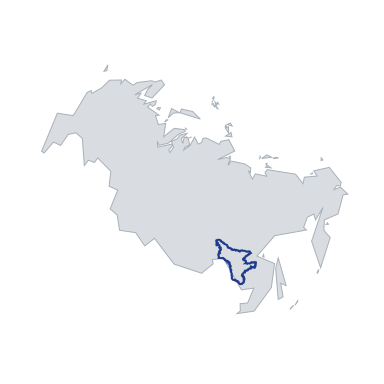 Russia, with Amur highlighted, rotated 8°
{"feature_id": "RUS-2609", "entity_name": "Amur", "entity_type": "Region", "adm_level": 1, "iso_a3": "RUS", "parent_name": "Russia", "parent_adm1": "", "projection": "orthographic", "projection_center": [128.173, 52.947], "detail": "fine", "context": "in_parent", "style": "outline", "palette": "blue", "viewbox_px": 384, "rotation_deg": 8, "n_neighbors": 0, "source": "natural_earth", "source_scale": "10m", "svg_char_len": 9425}
<svg xmlns="http://www.w3.org/2000/svg" viewBox="0 0 384 384"><g transform="rotate(8 192 192)"><path d="M270.1,301.3L253.5,306.2L256.4,303.0L255.2,295.9L262.5,294.2L266.6,278.6L254.6,282.0L232.2,253.3L221.6,256.1L222.9,260.2L212.9,271.1L184.3,265.9L161.3,243.1L152.7,251.9L141.9,240.1L125.6,240.0L121.1,225.2L113.3,220.1L118.2,200.5L109.1,197.8L108.7,182.7L93.9,171.4L91.3,176.3L85.0,175.0L81.7,180.8L76.0,154.3L68.9,149.5L61.4,152.2L55.4,164.2L47.9,161.8L40.1,174.0L37.4,172.6L47.7,132.7L63.8,132.9L74.3,108.0L78.0,105.5L79.2,108.3L88.2,101.3L94.7,92.8L106.6,90.9L106.5,94.8L109.8,89.7L118.7,94.5L122.7,91.1L136.8,87.4L140.0,88.3L146.0,85.4L149.9,89.7L139.3,104.5L131.7,103.0L134.1,95.9L136.8,93.1L137.3,91.5L121.8,103.8L127.8,101.2L125.2,106.7L134.0,108.0L132.1,111.7L143.9,106.6L143.6,110.5L140.9,112.7L138.5,110.7L136.2,114.1L148.7,120.5L145.2,121.3L149.3,129.9L156.4,127.8L156.2,141.3L165.6,131.4L176.6,131.3L176.8,133.2L171.3,136.0L161.7,147.0L152.8,150.2L150.6,146.6L151.8,152.3L164.7,147.6L166.5,148.7L163.1,153.5L164.5,156.1L167.6,150.2L164.5,145.0L170.2,141.2L172.3,137.2L179.0,134.7L174.1,140.5L175.4,144.1L176.2,144.7L176.7,138.7L180.8,139.4L183.2,145.8L178.5,148.9L177.9,151.6L183.6,146.3L186.9,137.3L191.5,143.7L194.6,141.8L195.4,137.5L198.2,136.4L212.5,141.1L213.3,138.0L221.1,135.0L228.6,145.5L213.0,156.3L221.7,152.9L225.2,154.2L224.0,159.0L224.0,159.8L224.5,160.1L226.1,155.9L240.5,156.9L246.8,160.0L247.1,164.7L244.8,163.2L250.0,170.8L252.2,165.2L263.7,166.0L261.6,162.3L263.5,159.4L292.0,159.9L300.8,168.3L301.2,161.7L313.7,158.8L309.7,154.1L324.5,148.5L338.3,161.7L338.0,165.3L334.2,165.6L332.2,169.9L338.4,166.5L346.6,172.5L342.0,173.8L339.7,193.4L326.9,201.2L327.9,211.6L335.2,217.9L329.9,249.1L317.3,224.1L323.8,189.1L318.3,202.4L315.7,196.9L309.7,200.9L307.5,211.5L310.6,213.7L280.0,223.7L265.2,246.4L283.7,251.4L283.9,275.5L270.1,301.3ZM190.1,118.6L169.1,115.2L170.0,111.3L181.4,112.2L190.1,118.6ZM286.6,245.3L298.2,271.6L292.6,270.0L296.8,283.2L292.3,286.4L285.5,256.1L286.6,245.3ZM160.1,112.2L168.5,115.2L162.4,116.5L158.2,121.8L160.1,112.2ZM256.3,149.2L260.9,144.8L266.1,146.5L256.3,149.2ZM219.1,122.4L220.1,128.6L216.1,123.9L219.1,122.4ZM220.5,118.4L222.6,121.2L217.4,120.2L220.5,118.4ZM222.3,127.6L223.9,131.8L217.4,132.0L222.3,127.6ZM267.5,147.7L269.9,146.0L273.1,146.2L267.5,147.7ZM91.0,77.8L90.8,83.7L88.0,84.7L91.0,77.8ZM200.1,97.0L201.3,98.4L198.7,95.7L200.1,97.0ZM262.9,155.0L266.8,157.1L261.4,157.3L262.9,155.0ZM148.1,115.4L145.6,114.3L146.7,112.9L149.1,113.1L148.1,115.4ZM202.4,99.7L203.8,100.8L203.2,101.9L202.4,99.7ZM204.7,104.4L202.5,104.5L202.6,103.2L203.9,103.0L204.7,104.4ZM205.1,105.9L204.7,104.6L206.2,106.0L205.1,105.9ZM157.9,124.1L155.0,126.7L156.7,123.8L157.9,124.1ZM217.7,122.7L215.9,122.8L216.0,121.3L217.7,122.7ZM205.0,99.7L206.2,101.2L204.7,101.1L205.0,99.7ZM317.2,142.0L315.5,142.9L315.2,140.2L317.2,142.0ZM200.9,95.3L200.6,96.6L200.0,94.3L200.9,95.3ZM177.8,130.6L176.1,129.3L178.0,130.5L177.8,130.6ZM224.8,151.1L225.1,153.3L223.8,151.8L224.8,151.1ZM309.1,156.0L308.3,157.6L307.1,157.5L309.1,156.0ZM201.2,103.1L201.5,102.0L201.6,103.6L201.2,103.1ZM204.7,101.5L203.7,102.5L204.1,101.2L204.7,101.5ZM312.0,284.3L311.6,286.4L309.7,289.8L312.0,284.3ZM200.7,101.6L199.7,102.7L199.5,101.8L200.7,101.6ZM181.0,139.0L179.1,138.5L179.0,138.2L181.0,139.0ZM331.5,205.0L329.4,205.5L330.6,203.6L331.5,205.0ZM262.3,153.2L261.9,154.9L261.2,153.8L262.3,153.2ZM271.6,243.9L272.3,246.4L270.9,246.0L271.6,243.9ZM328.5,250.8L327.8,254.9L326.9,254.1L328.5,250.8ZM199.8,100.4L199.2,99.7L199.5,99.3L199.8,100.4ZM183.9,137.7L182.4,138.6L182.6,138.0L183.9,137.7ZM255.1,148.1L254.4,149.2L254.4,147.1L255.1,148.1ZM305.5,293.5L308.6,289.9L305.6,294.2L305.5,293.5Z" fill="#d9dde1" stroke="#a8b0b8" stroke-width="1"/><path d="M231.8,253.4L231.2,253.1L230.9,253.3L230.0,253.5L228.7,253.5L228.4,253.2L227.6,253.5L227.6,253.0L227.4,252.6L227.5,252.2L227.4,252.0L227.4,251.6L227.2,250.8L226.7,250.6L226.7,250.2L226.8,250.0L227.1,249.9L227.1,249.6L227.1,249.3L226.9,248.9L227.1,248.6L227.4,248.5L227.5,248.6L227.6,248.9L228.2,248.8L228.3,248.7L227.8,247.9L227.8,247.7L227.7,247.5L227.8,247.2L227.7,247.0L227.8,246.8L227.3,247.0L227.2,247.1L227.2,246.6L228.0,245.8L228.0,245.2L228.3,244.9L228.1,244.8L228.3,243.8L228.3,243.5L228.2,243.3L228.1,242.9L227.8,242.8L227.6,242.8L227.4,243.1L227.1,243.3L226.9,243.2L226.8,243.4L226.6,243.2L226.7,242.8L226.6,242.1L226.7,241.7L226.6,241.0L226.4,240.7L226.1,240.7L225.8,240.6L225.6,240.6L224.5,241.0L224.4,241.2L224.1,241.2L223.8,240.9L223.6,241.1L223.5,240.9L223.6,240.6L223.6,240.4L223.4,240.1L223.4,239.8L223.6,239.8L223.9,239.5L224.7,239.5L224.8,239.2L224.4,239.0L224.5,238.8L224.1,238.6L224.1,238.3L223.3,238.0L223.3,237.8L223.0,237.5L223.1,237.3L223.2,237.2L223.0,236.8L222.8,236.8L222.8,236.5L223.4,236.1L223.8,236.1L224.5,235.6L226.1,235.6L226.5,235.7L226.6,236.0L227.5,236.1L227.7,236.3L227.7,236.7L227.9,236.9L227.9,237.1L229.3,237.4L229.6,237.9L230.1,238.1L230.1,238.3L230.3,238.5L230.9,238.7L231.0,238.3L231.3,238.5L231.6,238.8L232.3,239.2L233.9,239.5L234.1,239.7L234.3,240.2L234.7,240.6L234.7,241.0L235.1,241.2L235.2,241.5L235.2,241.9L235.4,242.1L235.9,241.9L236.1,242.2L236.6,242.3L237.4,242.1L237.9,242.3L237.9,242.5L238.2,242.8L239.0,242.6L239.6,243.0L239.8,243.4L239.6,243.4L239.6,243.6L240.2,243.6L240.6,243.8L240.8,243.7L241.0,243.4L241.3,243.3L241.3,243.5L241.9,243.5L242.0,243.4L242.1,243.2L242.6,243.3L242.7,243.2L243.1,243.3L243.2,243.6L243.5,243.9L243.8,243.7L243.9,243.4L244.1,243.2L244.3,243.3L244.4,243.5L244.7,243.5L245.6,243.3L246.1,243.7L246.3,244.0L246.9,244.0L247.1,244.3L247.6,244.3L247.9,244.2L248.0,244.0L248.0,243.7L247.8,243.5L247.8,243.4L249.5,242.9L250.0,243.1L250.2,242.9L250.5,243.1L252.4,242.9L253.6,243.4L253.8,243.3L254.2,243.4L254.5,243.2L254.8,243.4L255.0,243.2L255.5,243.3L255.9,243.1L256.4,243.1L256.7,242.8L257.5,242.9L257.9,243.4L257.7,243.6L257.8,243.7L258.2,244.1L258.5,244.1L258.7,244.3L258.2,244.5L258.0,244.4L257.9,244.6L258.0,244.9L257.8,245.2L257.1,245.3L257.1,245.5L257.3,245.8L257.2,245.9L256.9,246.1L256.3,246.1L256.1,246.3L256.2,246.7L256.1,246.8L255.6,247.1L255.6,247.3L255.3,247.5L255.2,247.4L254.9,247.7L254.5,247.8L254.0,248.3L254.1,248.6L253.8,249.7L253.6,249.9L253.3,249.7L253.0,250.0L252.8,250.0L252.1,250.8L252.1,251.4L251.9,251.7L251.9,251.8L252.0,251.9L252.5,251.9L253.1,252.1L253.2,252.4L253.4,252.5L253.6,252.3L253.9,252.2L254.8,252.5L254.9,253.1L255.1,253.4L255.0,253.7L255.3,254.6L255.2,254.9L255.0,255.1L256.2,254.9L256.2,255.3L256.4,255.4L256.7,255.4L256.9,255.0L257.8,254.8L258.4,254.8L258.5,254.7L259.2,254.8L259.4,254.5L260.0,254.4L260.1,253.8L260.8,253.3L261.0,253.3L261.1,253.1L261.3,253.1L261.6,253.4L261.8,253.3L262.4,253.5L262.8,253.3L263.0,253.3L263.0,253.1L263.6,253.0L263.7,252.9L263.6,252.7L263.9,252.5L264.5,252.9L264.6,253.2L264.8,253.1L264.8,253.3L265.1,253.3L265.1,253.6L264.8,253.6L264.8,253.8L265.1,253.9L265.3,254.2L265.2,254.4L265.0,254.5L265.0,254.8L265.1,255.1L264.9,255.2L264.5,255.8L264.7,256.1L264.5,256.5L264.8,256.6L264.6,256.8L264.9,256.9L265.0,257.1L264.7,257.6L264.6,257.9L264.7,258.1L264.7,258.3L264.4,258.4L263.4,258.1L263.1,258.1L262.8,257.9L262.4,258.0L262.3,257.9L261.7,257.8L261.2,257.5L260.7,257.4L260.5,257.7L260.5,258.0L260.6,258.5L260.8,258.7L260.8,259.0L261.2,259.3L260.9,259.7L259.9,260.0L259.4,259.9L259.3,260.2L258.7,260.5L258.5,261.1L258.2,261.1L258.3,261.5L257.9,261.9L257.7,261.8L257.3,262.1L257.2,261.9L256.9,262.2L256.6,262.2L256.2,262.5L255.3,262.6L255.2,263.0L255.3,263.3L255.5,263.6L255.6,264.2L255.4,264.2L255.1,264.1L254.9,264.2L254.7,264.7L254.3,264.8L253.9,265.8L253.6,265.9L253.5,266.0L253.4,266.2L253.6,266.3L253.7,266.6L253.2,267.2L253.3,267.4L253.1,267.7L253.4,268.0L253.5,267.6L254.0,267.6L254.3,268.1L254.1,268.4L253.8,268.6L254.0,268.8L254.2,269.0L254.4,268.8L254.6,268.7L254.8,269.2L255.2,269.0L255.3,269.5L255.7,269.9L255.8,270.1L255.6,270.1L255.5,270.4L255.3,270.5L255.3,270.9L255.8,271.0L255.9,272.1L255.5,272.3L255.6,272.5L256.0,272.7L256.0,273.6L255.7,274.5L255.3,274.4L255.0,274.5L254.5,275.4L254.6,275.6L254.5,275.9L254.0,275.8L253.5,276.1L253.3,276.4L253.1,276.5L252.7,276.3L252.1,276.5L251.1,275.7L251.0,275.4L250.8,275.3L250.8,275.0L250.5,274.9L250.4,274.5L249.8,274.5L249.8,274.0L249.6,273.8L249.3,273.8L249.3,274.1L249.2,274.2L248.8,274.0L248.4,274.2L248.1,273.7L247.7,273.6L247.3,273.6L247.4,273.3L247.4,273.1L247.0,272.9L246.9,273.1L246.1,273.1L245.9,273.3L245.2,273.3L244.8,273.0L244.4,273.1L244.0,272.7L243.9,272.3L243.4,272.0L243.4,271.9L243.4,271.4L243.3,270.9L243.6,270.4L243.6,270.0L242.9,269.6L242.8,269.4L242.9,269.0L242.7,268.7L242.9,268.2L242.7,267.7L242.7,267.3L242.5,267.2L242.3,266.6L241.6,265.8L241.6,265.1L241.8,264.6L241.6,264.5L241.5,264.9L241.3,264.8L241.3,264.5L241.6,264.3L241.6,264.2L241.3,264.1L241.2,263.9L241.4,263.6L240.9,263.3L241.0,263.0L241.0,262.7L240.8,262.5L240.2,261.3L240.3,261.1L240.5,261.0L240.6,260.6L239.9,260.2L240.3,259.8L239.9,259.6L240.0,259.3L239.8,258.9L239.6,258.9L239.6,258.6L239.2,258.3L238.9,258.2L239.0,258.0L239.2,257.8L239.1,257.6L239.3,257.5L239.3,257.4L238.9,257.4L238.6,257.0L238.6,256.7L238.0,256.8L238.3,256.3L237.9,255.9L237.7,256.0L237.5,255.8L236.5,255.2L235.9,255.2L235.8,255.3L235.8,255.6L235.6,255.4L235.3,255.4L235.1,255.1L234.4,254.9L234.3,254.7L234.0,254.2L233.6,254.3L233.2,253.8L233.0,253.6L232.5,253.5L232.2,253.2L232.0,253.4L231.9,253.4L232.0,253.3L232.0,253.2L231.9,253.2L231.8,253.4Z" fill="none" stroke="#1e3a8a" stroke-width="2"/></g></svg>